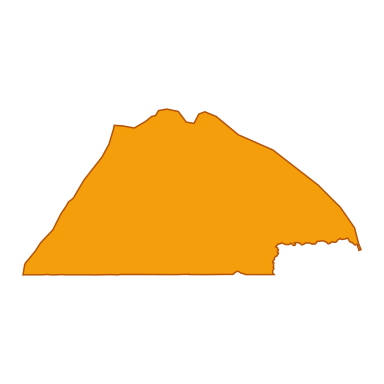 Vallee-du-Ntem, Sud, Cameroon (Robinson projection)
{"feature_id": "32672807B18543980764744", "entity_name": "Vallee-du-Ntem", "entity_type": "district", "adm_level": 2, "iso_a3": "CMR", "parent_name": "Cameroon", "parent_adm1": "Sud", "projection": "robinson", "projection_center": [11.172, 2.512], "detail": "fine", "context": "isolated", "style": "filled", "palette": "amber", "viewbox_px": 384, "rotation_deg": 0, "n_neighbors": 0, "source": "geoboundaries", "source_scale": "gbopen_adm2", "svg_char_len": 2003}
<svg xmlns="http://www.w3.org/2000/svg" viewBox="0 0 384 384"><path d="M151.6,116.5L145.6,121.4L134.3,128.0L123.3,126.0L114.2,125.3L113.6,128.8L109.0,144.1L102.8,155.6L102.2,156.8L84.0,180.0L73.2,198.3L68.5,201.9L66.1,206.2L61.9,212.4L60.9,213.9L52.7,230.1L40.7,242.7L39.5,244.5L35.1,251.4L25.4,263.1L24.6,265.0L23.4,272.3L23.0,274.9L23.9,274.8L35.2,274.8L43.5,274.8L46.7,274.5L52.5,274.9L61.7,274.6L62.3,274.6L65.3,274.8L68.8,274.8L89.4,274.8L93.7,274.9L110.4,274.6L116.6,274.8L118.4,274.9L119.4,274.5L125.7,274.5L143.7,274.5L170.8,274.6L175.3,274.6L188.9,274.3L188.9,274.5L197.7,274.6L205.5,274.6L224.8,274.4L232.9,274.4L236.3,271.6L238.2,271.3L240.9,273.0L246.1,274.6L250.6,274.6L269.1,274.6L274.1,274.5L272.9,273.2L272.6,272.0L272.8,270.6L273.9,268.5L273.8,267.8L273.1,267.2L273.3,266.6L273.7,265.5L273.3,263.7L273.9,263.0L272.6,262.3L272.5,261.7L274.1,259.9L274.6,257.7L275.5,256.5L276.8,256.0L278.4,253.5L278.3,252.8L277.7,252.5L277.3,251.6L278.5,250.2L278.3,249.6L277.9,249.3L277.5,247.8L276.0,247.2L275.6,246.6L276.9,245.6L278.1,244.0L279.7,244.0L281.3,242.9L286.2,244.6L288.6,244.6L290.3,243.9L290.6,243.3L292.0,244.0L293.3,245.5L294.7,245.4L295.5,244.7L295.3,244.0L294.3,243.0L295.7,242.6L299.2,242.8L301.9,244.9L303.9,244.3L304.9,243.3L305.9,242.8L307.7,243.2L309.4,242.8L310.8,243.6L311.7,244.1L312.6,244.1L313.3,243.6L314.4,244.1L315.2,244.0L316.1,243.1L317.2,241.4L319.3,241.4L321.6,240.8L323.8,241.0L326.9,242.5L327.9,243.7L329.0,243.8L332.2,241.8L334.7,242.3L335.9,242.1L336.5,241.7L337.6,240.0L340.3,238.4L341.1,239.4L342.3,239.4L345.6,238.9L346.9,238.2L347.9,238.3L349.4,241.2L350.4,242.1L352.7,242.8L354.6,244.9L355.4,245.0L356.7,244.4L357.6,244.3L357.8,245.2L357.5,246.3L358.3,248.2L358.8,248.4L358.8,250.3L359.5,250.1L361.0,249.6L358.6,243.7L354.5,227.8L340.4,207.4L318.1,185.1L272.9,150.0L238.5,134.9L216.2,116.5L204.8,111.8L198.8,114.1L194.0,123.4L186.3,122.1L178.2,111.4L166.8,109.1L158.5,110.6L155.5,115.6L151.6,116.5Z" fill="#f59e0b" stroke="#b45309" stroke-width="1.5"/></svg>